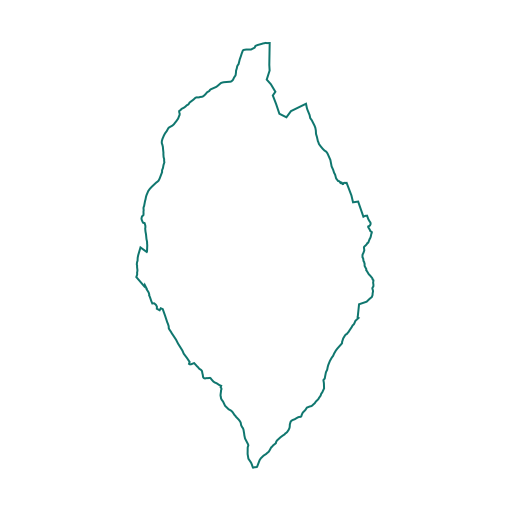 outline of Sinesti, Vâlcea, Romania, rotated 247°
{"feature_id": "2599482B24446821580298", "entity_name": "Sinesti", "entity_type": "district", "adm_level": 2, "iso_a3": "ROU", "parent_name": "Romania", "parent_adm1": "Vâlcea", "projection": "natural_earth1", "projection_center": [23.825, 44.936], "detail": "fine", "context": "isolated", "style": "outline", "palette": "teal", "viewbox_px": 512, "rotation_deg": 247, "n_neighbors": 0, "source": "geoboundaries", "source_scale": "gbopen_adm2", "svg_char_len": 6085}
<svg xmlns="http://www.w3.org/2000/svg" viewBox="0 0 512 512"><g transform="rotate(247 256 256)"><path d="M446.7,351.8L447.7,349.2L448.4,348.1L448.5,347.5L448.7,346.3L448.9,345.7L449.0,344.3L449.6,339.8L449.6,338.0L449.5,337.4L448.4,336.3L448.3,336.0L448.0,332.0L449.9,327.6L450.4,325.6L450.5,324.9L450.4,324.5L450.1,324.0L447.9,321.9L445.9,320.2L443.4,317.9L439.4,314.9L438.6,313.5L437.7,312.6L436.3,311.7L434.3,310.0L432.8,309.3L430.6,308.0L430.1,307.5L428.9,305.6L427.2,303.7L426.9,303.1L426.4,301.7L426.4,300.7L428.5,294.4L428.8,293.0L428.9,291.9L428.9,291.2L427.5,286.8L427.2,285.5L427.1,279.4L426.8,278.4L426.2,277.6L426.1,277.2L425.8,274.9L424.9,273.2L424.3,271.8L424.0,271.0L423.6,269.4L423.7,268.3L424.2,266.8L424.3,265.4L425.2,263.4L425.3,262.4L425.2,261.7L424.5,259.9L424.2,258.8L423.2,254.8L422.3,253.6L421.9,252.8L421.8,251.2L421.1,249.4L420.7,247.7L420.5,245.0L420.2,244.3L419.8,243.6L419.6,242.3L419.5,242.0L419.0,241.7L417.8,241.4L417.0,241.4L415.7,240.8L415.0,240.0L412.9,238.0L411.1,235.1L410.5,233.9L409.3,231.8L408.7,230.0L408.3,226.3L408.1,225.6L407.5,224.7L405.9,222.7L404.5,220.3L403.0,218.4L400.4,215.7L398.7,214.3L397.3,213.6L396.2,213.3L395.1,213.3L392.8,212.9L390.7,212.2L387.1,211.1L386.1,210.6L383.2,209.6L381.1,209.3L379.2,208.5L378.1,208.3L375.9,206.4L373.3,204.7L371.8,203.2L371.0,202.7L370.0,202.4L365.1,197.7L364.2,196.7L363.4,195.7L362.9,194.3L362.6,192.9L360.5,187.2L359.3,184.5L357.9,182.2L354.8,179.0L353.5,177.9L351.4,176.5L349.9,175.3L345.7,172.5L344.7,171.5L343.7,171.0L342.1,170.5L340.7,169.7L339.1,169.1L337.7,168.4L337.5,168.1L337.0,166.5L335.5,165.4L335.0,165.1L333.4,164.9L331.0,165.0L330.5,165.2L330.1,166.1L329.9,166.3L329.6,166.3L327.2,166.0L325.8,165.5L324.5,164.7L321.6,163.8L318.9,163.2L314.4,161.8L312.3,161.4L311.1,161.1L310.6,160.8L308.4,160.1L303.5,157.8L302.6,157.3L302.4,157.0L309.0,153.0L302.8,147.9L300.6,146.4L297.9,145.1L296.8,144.1L294.9,143.0L293.6,142.8L292.3,142.2L289.2,141.3L287.8,140.5L287.1,140.0L285.6,139.5L284.7,138.8L283.4,137.6L271.7,141.3L272.8,142.3L268.6,142.6L268.5,142.3L268.0,142.4L266.9,142.5L265.5,142.8L264.0,142.9L262.3,142.7L261.9,142.5L261.7,142.3L259.4,142.3L255.4,142.0L252.8,142.0L252.4,143.4L252.2,143.8L250.2,144.8L248.1,145.0L246.2,144.1L243.7,146.1L245.1,147.9L243.5,149.4L236.8,149.0L229.8,148.4L227.9,148.4L225.7,148.2L224.6,147.9L223.8,147.5L222.5,147.5L219.4,148.1L217.5,148.3L216.7,148.5L210.2,149.7L205.9,150.0L197.7,151.3L194.3,151.3L189.1,152.6L184.4,153.5L182.9,152.2L182.3,152.6L182.1,152.8L181.7,153.9L181.6,157.2L178.8,158.2L177.5,158.6L176.5,159.1L174.4,159.7L172.8,160.8L172.1,161.1L171.1,161.3L168.9,160.8L167.5,160.6L165.3,160.0L164.2,160.2L163.7,160.6L163.2,161.2L163.0,162.5L162.3,164.2L161.8,166.0L161.3,166.4L160.7,166.6L160.1,166.7L157.1,167.7L155.7,168.6L154.3,170.0L151.7,171.7L150.1,173.2L149.1,172.2L147.7,172.4L147.0,172.2L145.8,171.2L145.1,170.9L142.4,169.3L141.1,168.7L140.5,168.7L138.7,168.2L137.3,168.2L134.9,168.8L130.2,169.0L125.6,170.9L123.6,172.5L122.4,173.1L121.2,173.5L117.9,174.1L116.9,174.6L116.2,174.6L112.3,176.1L110.4,176.6L108.7,176.8L105.9,176.2L103.7,176.4L102.5,176.7L101.0,176.6L97.2,175.7L95.5,175.2L92.3,174.6L87.3,175.0L85.6,175.1L84.6,174.9L83.6,174.0L82.9,173.5L77.0,170.9L72.4,169.8L67.7,170.7L65.7,170.7L63.0,170.5L62.3,170.6L62.1,172.2L61.6,173.4L61.5,174.6L66.7,179.6L67.9,181.4L69.3,185.0L69.8,188.0L70.3,189.3L70.6,190.5L70.9,191.3L71.8,192.6L73.4,194.6L73.9,195.2L74.2,196.3L75.0,197.8L75.9,201.1L76.3,201.3L76.8,201.7L77.7,202.8L78.0,203.3L79.6,207.8L80.3,210.7L80.6,212.6L81.2,213.6L81.4,214.9L81.8,215.9L83.2,218.1L84.5,219.5L85.0,219.9L86.0,220.5L87.7,221.3L89.8,223.0L90.5,224.2L90.7,225.7L90.6,228.0L90.9,229.8L91.1,231.8L91.0,232.8L90.5,234.3L90.6,234.7L90.8,235.1L92.2,236.3L93.6,237.9L94.4,239.9L95.0,241.3L96.5,243.5L96.6,243.9L96.5,245.1L96.5,246.5L96.2,248.2L96.4,249.5L96.8,250.3L97.5,252.5L98.6,254.2L99.7,257.0L100.0,257.6L100.8,258.6L102.2,260.9L103.8,262.3L104.5,263.6L107.5,266.9L112.1,268.7L113.5,269.1L114.9,269.4L115.4,269.6L115.7,269.9L116.1,271.0L116.5,271.5L117.9,272.4L121.3,274.7L122.0,275.3L123.4,277.0L125.9,278.7L127.4,279.9L130.6,283.1L132.9,286.1L133.9,287.9L135.7,289.8L137.8,292.6L139.0,294.7L141.9,300.8L142.2,301.2L143.2,301.6L146.1,304.1L148.1,306.9L148.6,307.9L148.8,309.4L149.4,310.3L149.8,311.3L151.2,313.3L153.2,316.4L153.5,316.7L154.4,317.9L154.7,318.9L155.2,319.8L157.5,322.2L158.9,326.1L159.4,325.7L160.1,325.6L160.8,326.2L161.0,326.3L171.3,332.0L170.7,340.0L172.1,343.6L173.0,346.6L174.5,348.0L176.1,348.8L177.7,349.9L178.8,350.2L180.6,350.4L181.1,350.7L181.4,351.0L182.1,352.1L182.6,352.4L183.8,352.9L185.7,353.4L187.5,354.5L187.9,354.6L188.7,354.2L189.2,354.2L189.6,354.4L190.4,354.3L193.4,353.4L195.1,352.7L198.7,352.2L199.9,351.9L200.8,352.4L204.2,352.1L205.3,352.4L206.2,352.9L207.3,353.0L208.1,353.2L209.3,353.0L212.0,353.7L213.1,353.5L214.4,354.0L215.6,354.6L217.1,356.3L218.9,357.9L221.7,358.7L222.1,359.0L222.5,359.8L222.9,361.1L223.6,362.6L224.4,363.6L224.3,364.2L224.6,364.7L227.3,367.3L227.4,367.6L228.3,368.6L229.0,369.2L231.3,370.8L232.2,371.7L232.7,371.9L233.0,371.9L234.1,371.0L235.8,371.0L238.4,370.6L239.0,370.6L239.4,370.9L239.4,372.2L239.7,373.0L240.7,374.0L241.5,374.3L242.2,374.4L243.4,374.1L245.9,373.8L248.6,373.9L249.7,374.0L250.2,372.5L250.3,371.2L250.2,370.2L266.2,371.3L267.5,366.3L274.5,367.5L287.9,368.0L288.0,367.2L288.6,366.6L288.9,365.4L288.7,364.8L288.9,364.3L288.3,364.2L288.4,363.8L290.0,363.6L290.2,363.4L289.8,363.2L289.8,362.7L290.0,362.4L290.6,362.2L291.5,362.1L292.1,361.9L292.4,361.7L292.9,360.9L295.9,360.1L296.5,360.1L299.1,360.5L300.1,360.6L302.1,360.4L305.3,360.7L308.9,360.6L315.4,362.0L321.8,361.9L323.0,361.8L324.6,361.4L326.4,360.2L328.6,359.3L331.6,358.4L334.1,357.8L334.8,357.7L336.1,357.9L337.4,357.8L341.7,358.6L344.6,358.9L345.4,359.1L348.1,360.1L350.8,360.7L353.1,360.8L359.1,360.4L361.7,359.8L364.8,360.4L370.8,360.5L372.6,360.7L376.6,361.5L375.7,344.8L371.8,338.2L377.8,333.1L388.0,333.9L397.2,334.2L399.6,338.0L408.3,336.8L414.2,334.8L421.4,341.0L426.7,342.9L446.7,351.8Z" fill="none" stroke="#0f766e" stroke-width="2"/></g></svg>